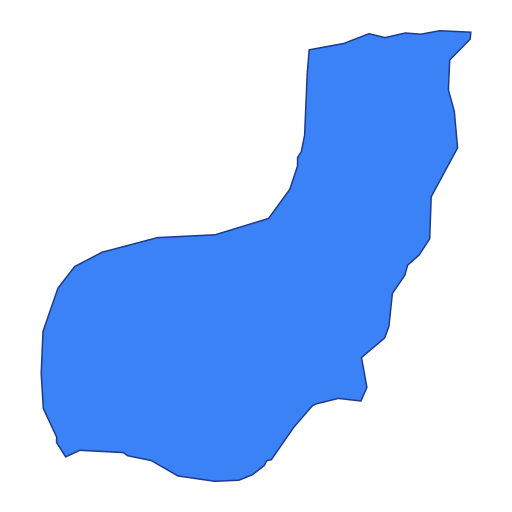 outline of Parramos, Sacatepéquez, Guatemala
{"feature_id": "79465075B95275885163057", "entity_name": "Parramos", "entity_type": "district", "adm_level": 2, "iso_a3": "GTM", "parent_name": "Guatemala", "parent_adm1": "Sacatepéquez", "projection": "orthographic", "projection_center": [-90.819, 14.594], "detail": "fine", "context": "isolated", "style": "filled", "palette": "blue", "viewbox_px": 512, "rotation_deg": 0, "n_neighbors": 0, "source": "geoboundaries", "source_scale": "gbopen_adm2", "svg_char_len": 806}
<svg xmlns="http://www.w3.org/2000/svg" viewBox="0 0 512 512"><path d="M309.2,49.8L307.2,73.9L304.6,135.3L301.3,151.7L297.6,157.4L297.5,166.1L289.8,189.3L268.6,218.4L215.0,234.8L157.5,237.6L102.1,252.2L74.7,266.5L58.0,288.1L43.0,331.4L41.2,373.4L43.3,408.4L56.7,437.1L56.5,442.4L65.7,456.9L79.8,450.3L123.4,452.6L127.6,455.7L151.4,460.6L178.0,476.0L214.8,481.3L238.9,480.2L252.3,474.8L264.3,465.5L266.6,460.7L271.3,459.7L294.1,426.8L312.6,405.5L316.9,403.7L338.4,398.4L360.9,401.0L366.9,387.4L361.5,357.5L384.7,337.9L388.9,326.4L392.4,293.4L404.9,275.1L407.6,265.2L419.1,255.0L429.7,238.8L431.2,196.8L457.6,147.8L454.3,111.3L448.4,89.8L449.7,60.0L470.2,39.1L470.8,32.2L439.8,30.7L420.9,34.2L405.3,33.0L384.9,37.6L369.0,33.7L344.0,43.4L309.2,49.8Z" fill="#3b82f6" stroke="#1e3a8a" stroke-width="1.5"/></svg>